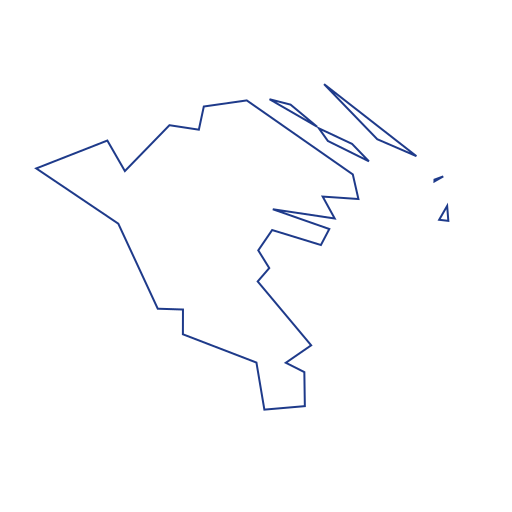 outline of Zadarska, rotated 169°
{"feature_id": "HRV-1493", "entity_name": "Zadarska", "entity_type": "County", "adm_level": 1, "iso_a3": "HRV", "parent_name": "Croatia", "parent_adm1": "", "projection": "equal_earth", "projection_center": [15.553, 44.407], "detail": "coarse", "context": "isolated", "style": "outline", "palette": "blue", "viewbox_px": 512, "rotation_deg": 169, "n_neighbors": 0, "source": "natural_earth", "source_scale": "10m", "svg_char_len": 761}
<svg xmlns="http://www.w3.org/2000/svg" viewBox="0 0 512 512"><g transform="rotate(169 256 256)"><path d="M277.1,103.6L275.9,151.3L342.7,193.1L337.9,217.4L362.5,223.0L385.0,314.0L455.0,383.9L379.9,397.7L368.5,364.4L316.0,400.9L288.0,390.9L278.7,412.7L235.4,410.5L145.4,317.6L144.6,292.4L179.2,301.6L171.6,277.8L230.6,298.7L178.9,268.5L190.2,254.4L235.2,278.4L252.7,261.1L245.3,241.6L259.2,230.7L218.9,157.8L247.1,145.5L230.7,132.8L236.7,99.3L277.1,103.6ZM114.7,347.5L156.4,411.7L79.5,323.4L114.7,347.5ZM193.2,398.0L171.4,371.3L212.8,407.3L193.2,398.0ZM169.9,369.3L140.3,347.7L127.1,327.4L163.5,355.2L169.9,369.3ZM69.3,256.6L58.8,268.7L60.5,253.8L69.3,256.6ZM57.0,298.4L66.6,295.2L66.2,296.9L57.0,298.4Z" fill="none" stroke="#1e3a8a" stroke-width="2"/></g></svg>